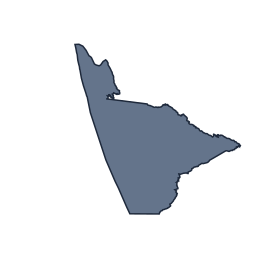 outline of Pemba, Southern, Zambia, rotated 132°
{"feature_id": "96606910B89551378676560", "entity_name": "Pemba", "entity_type": "district", "adm_level": 2, "iso_a3": "ZMB", "parent_name": "Zambia", "parent_adm1": "Southern", "projection": "equal_earth", "projection_center": [27.31, -16.765], "detail": "fine", "context": "isolated", "style": "filled", "palette": "slate", "viewbox_px": 256, "rotation_deg": 132, "n_neighbors": 0, "source": "geoboundaries", "source_scale": "gbopen_adm2", "svg_char_len": 5421}
<svg xmlns="http://www.w3.org/2000/svg" viewBox="0 0 256 256"><g transform="rotate(132 128 128)"><path d="M101.4,223.3L103.7,220.0L106.3,216.7L107.4,214.9L110.4,211.6L111.4,210.4L113.5,207.4L114.9,205.2L116.6,203.3L117.1,202.4L122.2,195.9L126.4,189.4L130.7,181.9L131.9,180.1L132.0,179.4L141.8,166.2L166.5,123.1L176.2,102.0L179.1,94.8L187.6,76.1L190.5,69.2L171.0,47.3L170.0,47.7L169.4,48.1L168.6,47.8L167.8,48.0L167.1,47.8L166.5,47.3L165.9,47.4L165.4,47.4L164.8,46.9L164.3,46.6L163.8,46.3L163.1,46.1L162.4,45.5L161.1,44.9L160.7,45.0L160.1,44.6L159.7,44.5L158.7,44.4L157.5,44.2L157.2,44.4L156.9,45.6L156.5,46.0L155.2,45.4L151.8,45.5L150.7,45.9L148.8,45.9L148.3,46.3L146.3,46.4L145.8,46.7L145.4,46.7L145.2,47.1L144.8,47.1L144.5,47.6L144.1,47.4L143.8,47.5L143.8,47.8L143.6,48.5L143.7,49.2L143.5,49.6L143.0,49.8L142.3,49.9L142.3,50.7L142.4,50.9L142.5,51.4L142.5,51.9L141.7,51.3L140.4,50.8L139.9,50.3L139.7,50.3L139.1,50.9L138.1,53.3L137.7,53.3L137.5,53.8L135.8,55.1L135.9,55.4L135.7,55.3L135.4,55.5L135.3,55.3L135.1,55.4L134.7,55.1L134.2,55.1L133.9,55.6L133.7,55.4L133.6,55.5L133.5,55.4L133.3,55.5L133.2,55.3L133.0,55.7L133.2,55.8L132.8,56.2L132.7,56.1L132.8,55.9L132.5,55.9L132.5,56.0L132.3,56.1L132.0,56.4L131.7,56.5L131.7,56.9L131.5,57.0L131.6,56.9L131.5,57.1L131.4,57.0L131.4,57.3L131.2,57.3L131.2,57.5L131.1,57.3L131.2,57.1L130.8,56.8L130.2,56.5L129.8,56.5L128.8,57.8L128.7,58.3L128.4,58.7L128.3,59.2L128.1,59.5L127.8,59.1L127.5,58.4L127.3,58.1L124.5,56.5L122.1,54.3L121.8,53.9L122.1,53.6L121.6,52.9L121.4,53.0L120.6,53.7L120.3,53.8L119.0,53.1L117.8,52.6L116.4,52.6L116.1,52.8L115.5,53.4L114.0,52.7L112.8,52.7L112.3,52.3L112.0,52.0L111.9,52.0L111.6,51.9L111.3,51.5L110.2,51.0L110.2,50.6L109.5,50.2L108.7,50.4L107.8,50.4L106.4,49.8L105.5,49.7L105.1,49.6L104.5,49.0L104.3,48.4L100.9,46.1L99.9,45.7L98.3,45.6L97.4,45.8L97.1,45.7L79.7,40.1L79.0,39.6L78.4,38.5L78.1,37.7L77.6,37.1L75.6,36.4L75.1,35.5L74.6,35.3L74.0,35.4L72.8,34.4L72.4,34.7L71.8,34.6L71.6,34.7L71.0,34.1L70.2,34.2L69.9,34.3L69.7,34.7L69.4,34.6L69.3,34.3L69.2,34.5L68.8,34.2L68.6,34.1L68.6,33.7L68.5,33.9L68.3,33.6L67.6,33.6L67.4,33.7L67.4,33.4L67.5,33.3L67.4,33.2L67.3,33.3L67.3,32.8L67.1,33.0L66.7,32.9L66.6,32.7L66.4,32.9L66.2,32.7L65.9,32.7L65.8,33.7L65.5,34.3L65.7,35.6L66.2,36.2L66.2,36.4L66.2,37.4L66.0,38.6L66.4,39.2L66.8,39.5L66.6,40.0L66.4,40.9L66.8,41.7L67.3,42.0L67.6,42.5L68.0,44.2L67.9,45.0L68.1,45.6L68.9,46.9L69.5,47.4L69.6,47.7L69.7,48.9L69.6,49.3L69.8,49.5L70.1,50.0L70.1,50.3L70.0,50.5L70.3,51.2L70.2,51.6L70.4,53.0L71.2,54.3L71.5,54.5L71.8,54.3L73.1,55.7L73.2,56.0L72.6,56.3L72.7,56.6L72.9,56.8L73.7,56.7L74.0,57.1L74.4,57.0L74.5,56.4L74.4,55.6L74.4,55.2L74.5,55.0L75.1,56.4L75.2,57.5L74.8,58.7L75.0,59.5L75.4,60.2L75.6,60.1L76.3,59.2L76.8,59.1L77.3,58.9L78.1,59.1L78.2,59.6L78.2,61.3L78.3,61.7L78.8,62.4L79.1,63.1L79.3,65.5L80.4,66.8L80.6,68.0L81.1,68.9L81.1,69.2L80.9,69.7L80.9,71.0L81.0,71.5L81.6,71.8L81.9,72.8L81.9,73.1L81.3,74.6L81.3,75.4L81.6,75.8L81.7,76.6L82.0,77.2L82.4,77.5L82.6,78.0L82.4,78.2L81.8,78.2L81.8,78.5L82.1,79.8L82.4,80.0L82.5,80.2L82.4,80.6L82.0,80.8L82.0,81.0L82.5,82.7L82.6,83.0L83.4,83.7L83.9,85.2L83.7,86.0L83.5,86.4L82.6,86.3L82.4,86.6L82.4,87.0L82.6,88.0L82.8,88.2L83.0,88.6L83.1,89.0L83.0,89.5L82.5,89.7L81.4,90.3L81.0,90.9L80.8,91.3L80.8,93.7L80.9,94.7L80.6,95.8L80.8,96.3L81.7,96.4L82.3,96.9L82.6,96.9L82.9,96.4L83.6,96.7L83.6,97.8L84.6,99.7L84.5,99.9L84.3,100.0L83.3,101.6L83.3,101.8L83.7,102.6L83.7,102.9L83.2,104.1L83.3,104.6L83.6,105.3L83.6,106.2L83.8,107.4L83.5,108.3L83.5,109.0L83.7,109.3L83.8,110.3L84.0,111.0L84.4,112.1L84.1,113.3L84.2,113.6L84.6,113.8L84.5,114.1L84.4,114.2L84.2,114.4L84.3,114.6L84.8,114.7L85.1,115.0L85.1,115.3L85.3,115.8L85.1,115.9L85.1,116.2L85.9,116.5L86.1,116.5L86.2,116.3L86.4,116.8L86.5,116.8L86.9,116.7L87.0,116.9L87.1,117.2L87.2,117.3L87.3,117.1L87.7,117.3L88.3,117.2L89.8,117.5L90.2,117.5L90.8,118.0L91.4,118.3L91.6,118.7L92.1,119.0L92.2,119.5L92.6,119.7L92.8,119.6L93.0,119.8L93.2,120.6L93.7,120.9L93.8,121.4L94.1,121.6L94.9,122.1L95.3,122.6L95.3,123.1L95.6,123.7L95.9,125.0L96.2,125.4L96.3,126.0L96.6,126.8L96.9,127.0L97.4,128.1L97.7,128.6L97.3,129.8L120.9,163.7L119.6,162.4L118.1,163.8L117.9,164.6L117.5,163.8L117.3,163.8L117.2,163.9L116.9,164.4L116.2,164.6L115.9,164.3L116.0,163.9L116.6,163.5L116.7,163.2L116.4,162.9L116.2,163.3L115.7,163.4L115.8,162.9L115.6,162.7L115.9,162.3L116.5,162.3L116.7,161.9L116.6,161.7L116.3,161.8L116.2,161.7L116.6,160.8L116.4,160.6L116.2,160.7L116.3,159.8L115.6,159.2L115.8,158.9L115.7,158.4L115.3,158.6L115.1,158.6L114.3,160.5L113.8,160.6L113.6,160.7L113.5,161.9L113.4,162.3L113.0,162.0L112.4,162.1L112.1,161.9L111.5,162.2L111.4,162.2L111.2,161.4L111.1,160.3L111.0,160.2L110.8,160.3L110.6,160.1L110.7,159.2L110.6,158.9L110.4,158.7L110.0,159.0L109.8,159.1L109.6,159.0L109.5,158.0L109.3,157.7L108.7,157.3L108.3,157.3L108.1,157.1L107.9,157.2L107.6,157.8L107.3,157.8L107.0,158.2L106.8,158.8L106.0,159.3L106.0,159.6L106.4,160.9L106.3,162.0L106.4,162.7L106.2,163.1L105.7,163.1L105.3,164.4L104.9,165.0L105.0,165.6L104.8,166.2L104.1,167.4L103.6,169.0L103.2,169.4L102.5,169.7L101.1,171.7L100.5,172.1L99.2,173.4L98.9,174.1L98.7,174.9L98.5,175.4L97.2,177.2L96.8,178.6L96.2,179.8L95.5,181.6L94.5,184.9L93.8,185.8L93.1,186.2L92.3,188.6L92.3,190.2L95.2,191.0L99.5,190.5L101.1,191.1L102.4,193.6L102.9,195.8L100.2,202.2L100.1,203.4L100.4,205.4L98.3,211.2L97.4,216.3L98.6,220.5L101.4,223.3Z" fill="#64748b" stroke="#1e293b" stroke-width="1.5"/></g></svg>